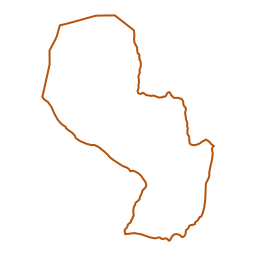 outline of Paraguay
{"feature_id": "PRY", "entity_name": "Paraguay", "entity_type": "country or territory", "adm_level": 0, "iso_a3": "PRY", "parent_name": "South America", "parent_adm1": "", "projection": "equal_earth", "projection_center": [-57.583, -23.42], "detail": "fine", "context": "isolated", "style": "outline", "palette": "amber", "viewbox_px": 256, "rotation_deg": 0, "n_neighbors": 0, "source": "natural_earth", "source_scale": "50m", "svg_char_len": 3073}
<svg xmlns="http://www.w3.org/2000/svg" viewBox="0 0 256 256"><path d="M134.0,39.6L134.4,41.6L134.7,43.2L135.4,44.3L136.1,45.7L136.8,46.6L137.2,47.9L137.1,49.5L137.4,51.5L137.7,53.2L138.1,53.7L139.0,54.1L139.5,55.7L139.2,56.5L139.3,57.4L139.7,58.3L139.3,59.2L139.5,59.8L140.2,60.4L140.8,62.6L140.8,66.3L140.2,68.3L139.6,70.0L139.5,71.0L139.9,72.4L139.2,74.2L138.4,76.2L138.6,77.7L138.8,79.1L138.8,80.5L139.0,81.9L138.8,83.3L138.5,84.6L138.4,86.0L138.7,87.7L138.1,89.2L137.8,90.3L137.6,91.4L138.2,93.1L139.8,93.8L141.0,94.0L142.1,93.1L143.0,92.8L144.6,93.7L146.1,95.1L148.0,95.3L149.7,95.6L151.0,96.0L152.9,95.5L154.8,96.0L157.1,96.8L159.0,97.6L160.9,97.4L162.3,97.3L163.8,96.5L165.2,96.6L166.3,95.1L166.9,93.8L167.5,92.9L169.0,92.2L170.1,92.7L171.0,95.0L172.5,96.4L173.1,97.4L174.3,97.8L176.8,97.9L178.3,97.8L180.1,98.6L181.2,98.6L182.3,99.8L183.2,101.4L183.3,104.2L184.2,106.3L185.3,107.2L185.9,108.5L185.7,110.4L185.2,112.3L185.2,114.4L185.8,116.3L185.8,118.2L186.2,120.1L187.0,121.7L187.3,124.3L187.1,126.2L187.6,127.3L187.8,128.8L187.5,130.1L187.4,131.8L187.4,133.3L187.8,134.6L189.0,136.2L189.3,139.1L189.3,141.1L189.8,143.4L190.8,144.5L192.5,144.9L194.3,145.2L196.6,144.7L198.6,144.0L199.8,143.4L202.0,141.7L204.0,140.7L205.0,140.1L205.9,139.6L207.9,140.7L209.7,142.1L211.1,144.0L213.7,146.0L213.1,146.5L212.1,148.2L212.1,150.2L212.8,153.1L212.1,159.1L210.0,168.3L209.1,173.6L209.5,175.2L208.7,177.8L205.9,183.6L205.7,187.5L205.3,199.1L204.3,207.2L202.7,213.3L201.3,216.5L200.0,216.9L199.1,217.8L198.5,219.3L197.5,220.6L195.9,221.6L195.1,222.7L195.0,224.0L193.5,224.7L190.7,225.1L189.1,226.0L188.6,227.6L187.7,228.9L186.3,229.8L185.7,231.4L185.7,233.5L184.9,235.4L183.3,236.9L181.8,237.0L180.4,235.5L178.5,234.5L176.2,234.1L174.3,234.4L172.7,235.6L171.3,237.6L170.1,240.2L168.8,240.6L167.3,238.9L165.5,238.3L163.2,239.0L161.4,238.8L160.1,237.6L158.0,237.5L155.3,238.4L149.7,237.3L141.3,234.3L134.1,233.1L125.4,234.2L124.6,231.1L125.1,229.3L126.5,228.1L127.4,226.6L127.7,225.0L128.7,223.7L130.3,222.8L131.0,222.0L130.8,221.1L131.1,220.3L132.0,219.6L132.5,218.6L132.7,217.1L133.0,216.4L133.6,215.9L133.7,214.9L133.3,211.7L133.4,209.2L133.8,207.2L134.3,206.0L134.7,205.7L135.1,205.0L135.2,203.8L135.8,202.6L138.6,200.3L139.6,199.1L139.7,197.9L140.2,196.4L141.8,193.1L142.3,191.5L142.4,190.7L143.0,189.9L145.0,188.1L146.1,186.3L146.2,184.7L145.8,182.8L144.6,180.8L141.0,175.6L138.2,173.2L134.7,171.3L132.3,170.6L131.2,171.3L130.0,170.8L128.9,169.0L126.9,167.6L122.8,166.1L113.3,160.0L109.6,157.1L108.3,155.3L104.8,152.0L99.0,147.3L94.5,145.0L91.5,145.1L86.5,143.8L79.7,140.9L75.8,138.1L74.7,135.4L72.1,132.7L68.1,130.0L66.0,128.2L65.9,127.3L64.7,126.2L62.5,124.8L60.0,122.5L57.4,119.1L54.5,113.9L51.4,106.9L48.1,102.2L44.6,99.7L42.9,98.1L42.9,97.3L42.3,96.5L42.8,95.2L44.0,89.8L45.7,82.0L47.5,74.0L49.6,64.5L49.6,57.7L49.5,50.6L52.6,44.7L54.8,40.6L56.7,36.6L58.6,29.8L59.9,25.3L64.9,24.2L73.5,21.9L77.8,20.7L86.7,18.2L95.9,15.7L105.5,15.5L114.8,15.4L122.0,21.0L127.5,25.3L133.6,30.1L134.0,31.1L134.4,35.1L134.0,39.6Z" fill="none" stroke="#b45309" stroke-width="2"/></svg>